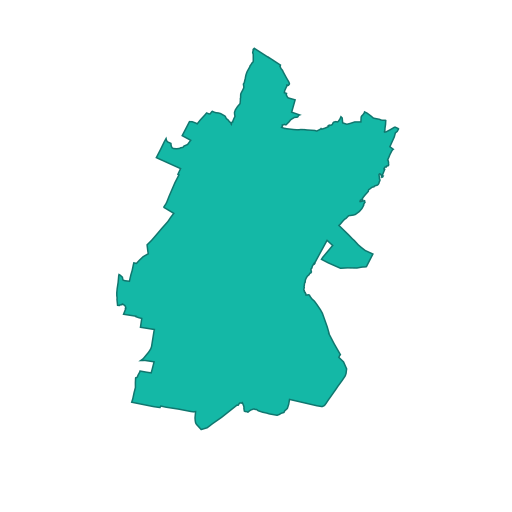 outline of Todiresti, Vaslui, Romania, rotated 206°
{"feature_id": "2599482B7310026147144", "entity_name": "Todiresti", "entity_type": "district", "adm_level": 2, "iso_a3": "ROU", "parent_name": "Romania", "parent_adm1": "Vaslui", "projection": "albers", "projection_center": [27.385, 46.85], "detail": "fine", "context": "isolated", "style": "filled", "palette": "teal", "viewbox_px": 512, "rotation_deg": 206, "n_neighbors": 0, "source": "geoboundaries", "source_scale": "gbopen_adm2", "svg_char_len": 6120}
<svg xmlns="http://www.w3.org/2000/svg" viewBox="0 0 512 512"><g transform="rotate(206 256 256)"><path d="M348.7,441.5L349.0,440.9L349.1,440.4L348.5,439.0L348.3,437.8L348.0,437.1L347.2,436.5L346.4,435.1L343.8,429.8L343.7,429.2L344.3,427.4L344.3,426.1L344.7,424.4L344.5,423.3L344.8,418.0L344.7,416.6L344.4,414.3L343.8,411.9L343.3,410.5L343.2,409.4L342.6,407.0L342.5,405.7L342.7,405.0L340.9,402.4L340.7,401.4L340.7,398.7L340.8,396.3L340.7,394.8L340.1,393.4L339.2,391.5L339.1,390.7L338.3,389.1L337.1,386.0L338.1,382.3L338.6,378.4L338.3,375.7L337.5,374.2L336.1,372.3L336.1,369.5L335.9,366.7L335.7,366.4L336.1,366.1L336.3,364.9L335.9,363.6L336.3,363.8L336.4,364.2L336.7,364.6L338.9,365.1L340.6,366.0L342.5,366.4L343.5,366.9L344.8,368.0L345.6,368.2L350.2,368.5L352.4,368.1L354.9,367.2L357.0,366.9L358.7,366.9L359.0,366.3L359.6,363.5L360.7,363.1L363.1,362.9L363.7,360.5L365.6,354.2L366.8,349.0L368.1,349.1L371.6,348.8L372.3,348.7L374.7,347.6L375.1,331.8L365.4,331.4L366.4,326.2L369.0,323.1L369.1,322.2L369.4,321.5L371.1,320.3L371.9,319.2L374.3,317.6L377.4,316.4L378.7,316.4L380.1,317.4L381.1,318.6L381.5,319.5L381.9,319.9L385.5,319.8L387.1,320.6L388.3,322.1L388.5,318.6L388.5,309.7L388.7,300.7L362.1,301.5L362.0,295.2L360.9,295.2L360.8,294.7L361.0,286.4L360.3,271.6L359.8,265.4L359.8,263.4L360.3,259.8L360.2,259.5L359.9,259.3L348.6,258.3L349.6,253.4L350.3,248.3L352.8,239.4L355.1,230.3L356.7,224.3L358.8,218.3L355.4,213.0L353.8,210.8L357.1,206.0L358.9,201.2L360.2,196.9L362.8,196.3L362.4,194.4L360.9,188.5L360.2,184.2L358.7,177.8L362.7,176.4L364.4,176.1L364.9,176.1L365.4,176.5L366.8,178.4L369.6,179.2L371.0,179.3L370.7,178.0L368.3,171.7L366.5,165.9L365.0,161.9L363.7,159.3L362.5,157.5L361.9,156.0L358.8,151.0L357.1,151.6L356.7,152.5L355.2,153.4L355.2,154.2L354.8,154.4L352.0,153.9L350.6,152.8L350.4,151.6L350.0,151.6L349.5,145.6L337.7,149.2L337.7,148.9L337.4,148.8L334.2,149.2L331.3,149.8L328.6,141.3L315.1,145.4L314.6,143.3L310.2,128.9L309.9,126.6L310.1,124.3L310.4,122.3L312.1,115.2L312.6,113.7L313.8,111.5L309.9,113.5L301.2,116.2L299.6,108.4L299.0,105.0L303.7,103.5L309.8,101.8L309.6,100.7L309.8,97.2L309.6,95.3L309.9,94.6L310.7,93.9L310.7,93.5L308.9,89.3L306.7,84.9L305.7,79.9L304.2,73.9L303.6,70.1L282.1,75.7L275.9,77.7L275.8,79.4L270.5,80.7L258.3,84.5L246.3,87.7L243.7,88.6L242.1,89.7L239.8,83.7L238.4,81.3L237.3,79.8L236.4,79.0L235.3,78.4L229.2,76.0L224.6,80.2L221.5,86.4L216.1,96.1L207.7,113.7L206.9,113.9L206.6,114.1L206.5,114.5L206.5,115.6L206.3,116.5L205.7,117.1L204.5,117.4L204.1,118.2L203.5,117.8L201.0,115.5L200.3,114.4L200.0,113.6L198.5,111.5L197.5,111.5L195.9,112.1L194.8,112.1L193.9,114.1L193.0,115.5L191.2,117.3L190.7,117.7L189.5,117.7L188.2,118.3L186.2,117.9L181.5,118.5L177.6,119.5L174.9,119.9L167.2,122.1L165.5,123.9L164.4,125.7L162.4,127.5L162.3,127.8L162.3,129.7L161.9,130.4L161.0,132.7L161.6,137.0L163.0,141.8L135.6,148.1L130.6,149.6L129.3,151.1L128.8,152.2L128.4,154.4L128.0,157.6L125.7,171.7L125.3,174.8L124.0,182.0L123.3,186.9L123.3,187.8L123.6,190.0L124.9,193.7L125.0,194.2L130.9,199.2L137.1,201.2L137.2,203.0L136.9,204.3L147.2,211.3L156.0,217.8L156.7,218.4L156.5,218.6L160.9,223.5L171.2,233.6L174.5,235.9L179.9,239.0L183.7,241.0L187.1,242.0L190.1,243.6L190.5,244.1L191.5,244.3L193.9,242.8L194.8,244.0L195.5,244.4L195.9,244.9L196.4,244.8L196.9,245.2L197.4,245.8L197.5,246.2L198.0,246.4L198.4,246.8L198.8,248.8L199.4,249.5L199.6,250.5L200.0,251.6L200.2,251.9L200.3,252.6L200.5,253.0L200.3,253.9L201.1,256.1L201.2,258.2L201.0,260.4L200.1,262.5L200.1,264.0L199.3,264.8L199.2,266.0L199.7,266.3L199.9,266.9L200.4,267.3L200.7,268.1L200.8,268.9L200.5,269.7L200.9,271.5L200.7,273.5L200.1,274.0L199.9,274.8L200.6,274.8L200.4,275.8L200.1,275.9L200.0,279.5L199.0,301.2L191.7,299.1L195.4,284.2L195.7,281.7L188.2,281.5L174.7,282.0L168.5,285.5L160.1,289.4L155.9,292.5L153.2,294.0L152.1,294.8L151.8,309.0L160.3,308.8L165.4,309.9L169.2,310.9L174.4,313.0L177.0,313.7L181.5,315.4L194.9,319.8L194.1,321.9L193.3,325.2L192.5,327.8L191.6,329.2L190.4,332.8L186.4,335.5L184.9,336.9L182.6,341.3L181.6,345.1L181.5,347.1L181.5,349.2L182.0,349.7L181.6,352.0L182.0,352.2L182.4,353.1L182.7,353.3L186.2,350.5L186.5,350.7L186.6,352.1L186.3,352.5L185.0,353.3L185.0,353.8L185.7,354.3L184.8,358.3L183.4,363.4L183.8,364.5L183.8,365.0L182.9,366.5L182.0,368.4L181.5,369.0L180.3,369.9L180.2,370.8L177.9,373.0L177.5,374.1L177.4,375.2L177.7,376.6L177.7,378.0L177.9,378.7L179.0,379.5L179.1,380.5L179.5,380.6L181.1,383.0L181.1,383.7L180.9,384.1L180.3,384.2L179.4,383.9L177.4,381.9L176.8,382.6L176.8,383.5L177.5,383.1L177.8,383.4L178.3,390.3L179.2,390.3L179.3,390.8L179.1,392.0L178.9,392.7L177.9,393.1L177.9,393.6L178.1,394.0L176.7,395.2L176.7,395.6L176.7,396.1L177.3,396.9L178.0,398.4L179.3,399.9L179.8,400.0L179.9,403.6L180.1,405.7L180.0,410.1L179.8,411.3L179.4,412.1L183.6,412.9L183.9,423.6L184.7,427.7L183.7,429.9L183.6,432.7L184.2,432.9L187.5,432.8L188.1,432.3L190.8,428.2L193.5,424.6L194.8,423.7L195.0,423.8L195.3,425.6L196.1,427.4L197.2,430.9L198.8,434.7L199.2,434.7L201.9,433.4L203.3,433.0L204.8,433.0L210.9,431.4L214.0,432.2L218.8,433.1L221.6,433.1L221.4,432.1L221.8,429.9L222.4,428.1L222.4,427.0L220.5,422.5L226.0,419.8L229.5,416.4L232.1,414.2L236.5,413.7L239.0,417.8L240.7,418.4L240.6,416.0L241.0,413.2L241.4,412.3L243.3,411.7L244.8,410.4L245.1,409.6L245.1,407.6L245.8,406.5L247.6,405.7L248.2,404.6L247.5,404.2L250.0,401.2L251.9,399.4L252.6,398.8L253.4,399.1L253.5,398.6L254.2,397.5L256.2,394.9L258.2,394.6L265.5,391.6L267.9,390.8L271.4,389.2L272.7,388.3L274.5,387.4L277.5,386.2L284.3,383.8L286.0,383.4L286.1,383.2L289.4,382.8L289.2,384.2L289.8,385.3L289.1,385.7L288.1,386.8L287.3,386.7L286.5,387.1L285.0,391.4L284.7,393.2L284.2,394.3L282.2,397.4L280.2,398.6L279.5,399.2L279.3,400.8L279.0,401.6L278.7,401.9L287.0,400.9L289.3,413.5L296.5,412.2L297.9,412.9L299.5,414.2L299.8,415.5L302.1,415.2L302.7,417.2L302.8,420.9L302.7,422.4L303.3,423.1L303.2,423.3L302.0,423.4L301.7,423.6L301.4,424.9L301.4,425.3L301.7,425.8L302.8,426.8L307.0,429.6L312.3,433.4L313.6,434.5L315.9,435.5L317.4,437.0L317.6,437.0L317.7,438.3L331.8,440.1L331.7,439.9L348.5,441.9L348.5,441.3L348.7,441.5Z" fill="#14b8a6" stroke="#0f766e" stroke-width="1.5"/></g></svg>